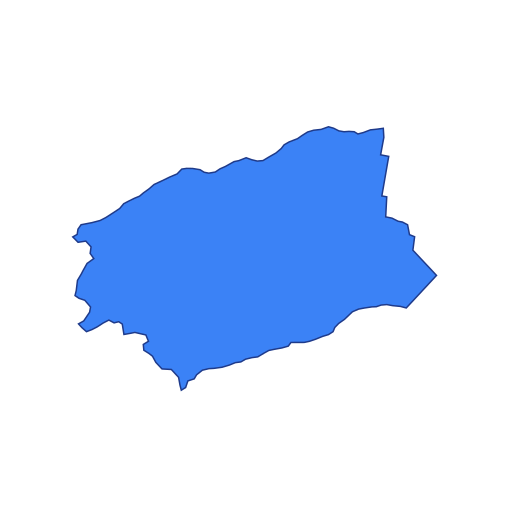 outline of Douradina, Mato Grosso do Sul, Brazil, rotated 230°
{"feature_id": "56859067B6563900409814", "entity_name": "Douradina", "entity_type": "district", "adm_level": 2, "iso_a3": "BRA", "parent_name": "Brazil", "parent_adm1": "Mato Grosso do Sul", "projection": "albers", "projection_center": [-54.58, -22.015], "detail": "fine", "context": "isolated", "style": "filled", "palette": "blue", "viewbox_px": 512, "rotation_deg": 230, "n_neighbors": 0, "source": "geoboundaries", "source_scale": "gbopen_adm2", "svg_char_len": 1994}
<svg xmlns="http://www.w3.org/2000/svg" viewBox="0 0 512 512"><g transform="rotate(230 256 256)"><path d="M388.4,127.9L380.9,128.5L376.8,135.2L369.0,135.5L364.6,130.6L358.3,130.1L358.9,121.8L356.1,114.4L354.4,110.3L352.1,103.6L345.0,96.0L342.0,91.9L337.4,93.2L332.1,96.4L323.3,96.5L319.9,92.4L317.0,82.3L318.1,76.4L313.0,76.6L307.0,77.5L305.1,83.0L303.8,88.7L302.9,95.9L301.5,102.1L296.0,104.3L293.9,108.6L289.8,109.8L280.8,104.4L277.5,110.1L275.3,114.1L266.3,120.9L259.8,118.8L260.7,112.8L255.9,109.5L250.4,111.3L245.8,112.3L238.9,110.9L229.9,111.4L223.5,118.2L212.8,118.7L206.0,114.8L201.2,112.5L200.5,117.6L204.1,123.5L201.6,129.7L203.2,134.1L203.0,141.5L200.0,147.5L197.0,151.5L192.6,158.5L189.6,165.4L187.6,171.6L184.6,176.3L183.7,181.6L180.8,187.5L177.6,192.5L176.5,199.4L175.4,205.1L172.9,209.8L168.9,216.8L166.2,222.8L167.3,227.2L162.8,232.6L158.8,237.4L156.3,242.1L154.0,248.0L151.6,255.4L149.2,261.0L148.5,266.4L150.6,270.4L151.2,276.0L150.6,283.1L151.0,289.3L151.3,294.0L149.4,300.4L146.5,305.6L142.5,312.1L139.8,315.6L138.0,320.3L134.7,325.0L130.2,328.7L124.6,334.2L119.6,337.7L125.1,381.8L159.6,379.9L168.8,389.9L173.7,387.3L182.5,392.2L187.9,390.0L191.3,387.2L197.6,384.5L202.6,380.5L217.3,394.2L221.1,391.0L247.0,421.7L253.4,416.5L264.7,430.2L272.0,435.6L275.4,430.2L279.1,424.7L281.6,417.5L284.0,412.5L288.1,411.1L291.7,407.3L294.6,403.3L298.6,399.9L304.0,397.6L308.4,394.6L311.1,387.3L315.3,381.0L317.8,375.3L318.7,368.8L319.2,363.2L322.1,354.7L323.1,349.0L322.1,344.4L322.1,337.4L323.6,329.2L324.6,322.7L327.9,318.0L332.5,314.6L337.6,311.6L340.1,304.1L342.4,299.9L343.3,295.2L344.3,290.0L345.9,284.5L346.5,278.8L349.8,273.1L353.5,270.1L358.1,268.6L363.8,263.7L367.7,259.2L370.3,255.0L369.6,248.3L371.9,240.8L374.1,232.1L376.3,223.9L376.2,216.8L376.7,210.4L376.7,205.2L378.4,199.9L379.9,193.7L381.1,188.4L380.0,182.1L380.9,174.3L382.0,165.6L383.4,159.4L387.1,151.6L392.4,142.1L391.0,136.9L387.5,132.9L388.4,127.9Z" fill="#3b82f6" stroke="#1e3a8a" stroke-width="1.5"/></g></svg>